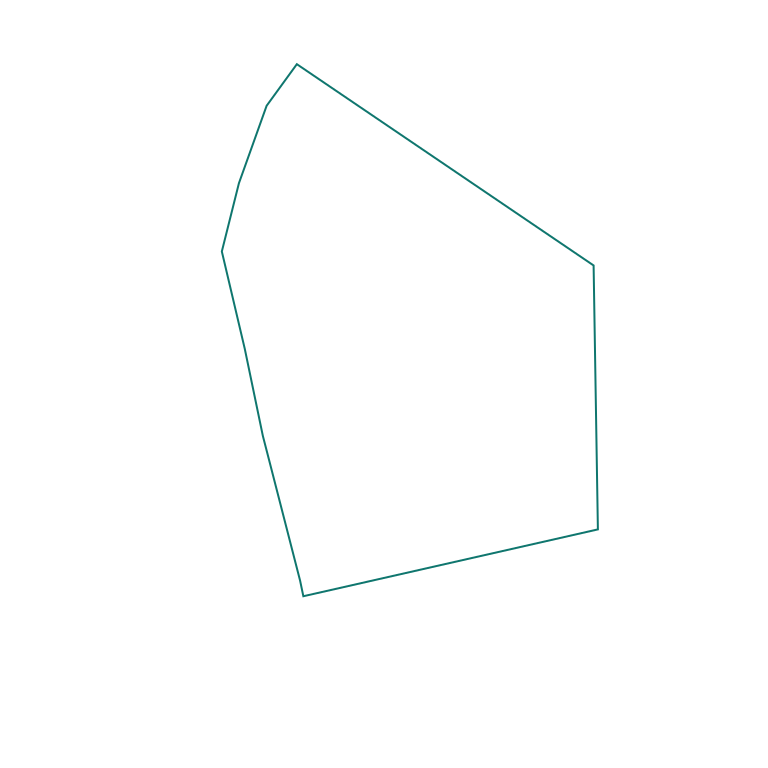 the district of 6, Ad Dawhah, Qatar, rotated 126°
{"feature_id": "91078587B49650131193986", "entity_name": "6", "entity_type": "district", "adm_level": 2, "iso_a3": "QAT", "parent_name": "Qatar", "parent_adm1": "Ad Dawhah", "projection": "equal_earth", "projection_center": [51.544, 25.282], "detail": "fine", "context": "isolated", "style": "outline", "palette": "teal", "viewbox_px": 768, "rotation_deg": 126, "n_neighbors": 0, "source": "geoboundaries", "source_scale": "gbopen_adm2", "svg_char_len": 310}
<svg xmlns="http://www.w3.org/2000/svg" viewBox="0 0 768 768"><g transform="rotate(126 384 384)"><path d="M164.9,284.1L176.5,642.5L227.9,642.5L306.8,619.4L372.1,593.1L437.3,517.4L497.2,451.5L513.7,431.5L592.4,336.3L603.1,324.5L375.9,125.5L164.9,284.1Z" fill="none" stroke="#0f766e" stroke-width="2"/></g></svg>